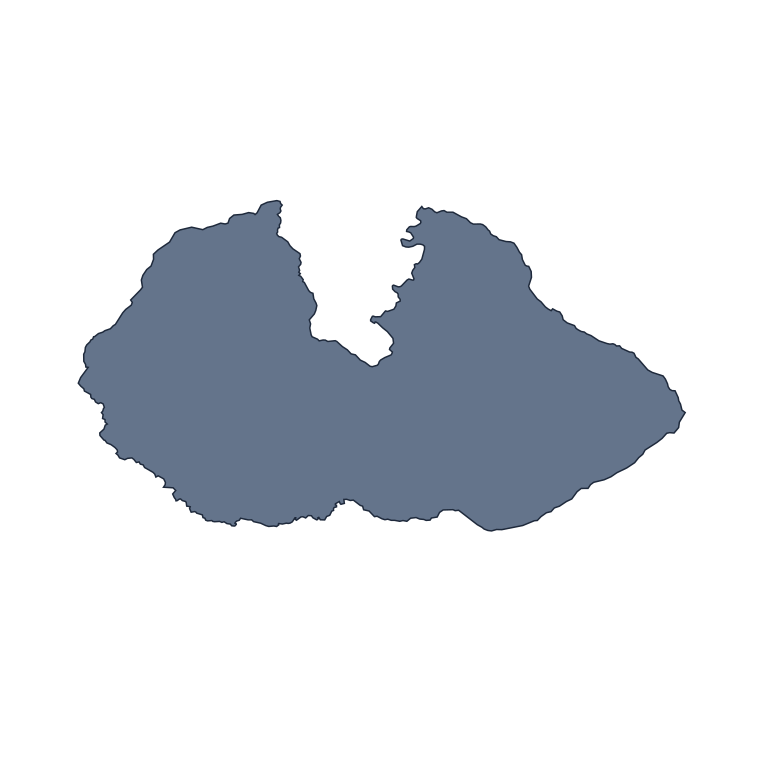 the district of Mapoteng, Berea, Lesotho, rotated 288°
{"feature_id": "5366337B76101580531091", "entity_name": "Mapoteng", "entity_type": "district", "adm_level": 2, "iso_a3": "LSO", "parent_name": "Lesotho", "parent_adm1": "Berea", "projection": "robinson", "projection_center": [27.99, -29.125], "detail": "fine", "context": "isolated", "style": "filled", "palette": "slate", "viewbox_px": 768, "rotation_deg": 288, "n_neighbors": 0, "source": "geoboundaries", "source_scale": "gbopen_adm2", "svg_char_len": 6154}
<svg xmlns="http://www.w3.org/2000/svg" viewBox="0 0 768 768"><g transform="rotate(288 384 384)"><path d="M449.9,679.3L451.3,675.4L456.5,672.2L459.1,669.5L462.0,668.0L467.5,662.9L466.7,660.0L467.2,657.5L469.2,655.1L471.9,653.5L475.6,650.1L477.9,646.9L477.9,635.5L478.9,630.5L486.5,617.9L487.2,615.4L490.5,612.3L490.9,610.1L490.3,607.8L491.3,599.0L493.1,596.3L492.0,593.3L492.9,591.4L493.0,589.3L491.7,586.5L491.4,583.6L491.5,575.0L494.0,566.0L494.3,561.2L495.3,558.5L494.9,555.3L495.5,552.0L496.2,549.6L498.4,547.1L498.7,539.4L500.5,534.5L503.9,532.4L506.8,528.9L506.7,525.9L507.6,521.2L505.4,520.3L506.0,517.1L507.2,513.6L510.7,507.9L512.2,503.5L519.2,493.4L521.8,491.3L531.0,491.3L536.5,489.2L540.6,485.3L540.3,483.3L540.6,481.6L545.1,477.2L549.5,474.9L551.2,472.1L555.0,468.2L558.1,464.1L558.3,460.4L557.2,456.0L556.8,448.8L558.8,445.3L558.8,442.0L559.7,439.1L562.0,437.2L562.7,435.4L564.9,432.2L566.1,428.6L565.9,426.0L563.7,419.7L564.1,416.4L566.7,411.3L566.9,406.1L568.7,396.5L566.8,390.7L567.5,387.5L566.3,385.1L563.2,381.4L563.4,379.0L565.0,375.7L565.4,372.0L563.3,369.2L562.9,367.3L564.5,365.1L558.2,362.4L553.5,363.0L552.3,363.3L551.6,364.5L550.6,368.4L549.1,369.1L547.8,368.9L544.1,365.7L543.1,364.2L542.0,360.5L541.2,359.5L537.7,358.0L536.1,358.3L536.0,358.8L536.3,359.9L536.1,362.6L532.8,366.7L531.4,366.9L527.9,364.3L527.8,357.1L527.1,355.8L526.1,355.6L521.3,358.9L521.1,362.5L521.8,365.3L523.9,368.9L527.2,372.1L528.2,375.2L528.4,377.8L527.5,380.0L524.5,380.9L514.4,381.4L510.4,380.1L508.5,378.8L508.3,377.4L506.9,376.0L504.3,377.3L501.0,376.2L498.0,376.1L493.3,380.0L492.1,380.0L491.7,379.4L491.5,375.2L490.0,373.8L482.5,370.2L481.4,369.0L480.8,367.5L481.0,362.6L480.5,362.0L479.7,361.7L476.9,362.9L475.2,366.0L474.8,368.4L473.9,369.6L471.2,370.6L469.5,373.2L467.9,373.8L464.9,370.7L461.9,371.2L458.2,370.3L454.2,365.1L453.9,362.8L447.0,360.0L445.2,355.0L445.2,352.6L444.7,352.0L441.0,351.4L439.9,351.8L438.9,355.0L438.9,356.3L440.2,356.4L440.4,357.1L440.0,359.2L437.0,365.4L434.9,371.0L430.2,378.4L425.7,380.5L420.0,378.4L418.5,378.6L417.0,382.1L415.2,382.1L413.8,381.7L409.4,376.6L405.8,373.4L404.0,372.6L401.2,372.5L399.8,371.9L396.8,367.4L396.6,365.2L398.7,359.4L399.4,354.1L402.9,347.8L402.5,343.4L405.2,338.5L406.7,332.9L409.9,325.9L410.1,324.2L407.1,317.4L407.6,314.6L407.0,312.4L405.0,309.0L406.1,306.9L406.7,301.0L408.3,299.5L414.3,296.1L418.5,295.6L421.9,293.1L429.1,296.1L432.8,296.4L437.8,295.9L439.9,294.4L443.3,290.9L448.3,288.4L448.4,285.8L449.6,283.5L456.0,276.8L456.3,275.0L458.3,274.9L460.7,271.5L461.0,269.4L463.1,270.3L464.0,268.4L465.9,268.7L469.0,266.5L472.1,267.8L474.1,267.5L476.9,264.7L479.9,265.0L482.0,263.8L484.4,255.6L486.5,251.8L489.5,248.5L491.9,241.3L491.7,238.4L492.8,236.4L494.1,235.4L495.6,235.9L497.6,235.1L499.5,235.1L500.5,236.3L503.0,235.3L505.2,235.9L507.7,235.4L510.1,234.0L511.0,231.9L512.4,230.2L514.8,232.1L516.7,232.5L518.4,231.2L520.1,231.0L522.7,231.9L523.7,229.9L525.5,228.7L525.3,225.4L520.8,216.9L516.2,211.9L507.6,210.4L505.3,209.0L506.0,207.4L505.2,202.3L501.5,196.7L498.3,189.0L493.7,186.0L488.8,185.9L487.1,183.5L486.5,179.0L481.3,172.5L478.3,167.5L474.8,164.0L473.7,152.6L467.5,142.4L463.3,138.5L452.7,136.2L441.6,127.6L436.1,124.6L431.4,126.3L424.2,126.0L419.6,123.0L412.9,121.1L407.9,121.1L401.4,124.4L398.2,123.3L385.6,117.1L383.8,119.4L380.9,119.3L375.1,115.3L370.9,113.5L357.6,110.1L355.8,108.5L352.0,106.7L348.5,102.1L346.3,100.4L343.7,96.8L339.7,94.2L339.2,93.2L336.7,93.1L335.2,91.6L333.2,91.3L329.3,89.2L326.5,88.7L322.2,89.6L319.5,89.2L312.8,91.5L310.4,94.1L308.0,95.2L308.4,97.5L296.4,93.5L290.3,93.0L288.3,96.2L286.7,100.0L284.7,101.3L283.4,108.2L280.9,109.3L279.9,110.7L279.9,113.3L277.8,115.2L277.0,118.3L278.7,120.4L278.3,123.0L275.3,125.3L274.1,124.8L271.3,124.9L269.5,124.1L268.1,126.3L264.2,127.0L264.0,129.6L261.6,130.5L260.4,133.2L258.7,131.6L254.6,131.6L249.6,128.8L247.2,129.8L244.1,135.0L244.2,136.1L242.3,138.7L242.0,143.1L240.5,147.7L238.9,150.6L237.0,151.6L235.1,150.6L234.2,152.8L232.0,155.3L231.9,160.9L234.0,163.0L235.8,167.0L235.0,169.4L232.8,172.7L234.2,175.2L232.5,177.0L232.7,179.9L230.6,182.1L228.6,191.7L227.5,193.8L225.0,195.8L226.9,197.6L225.7,203.8L222.9,206.5L220.7,207.0L217.7,206.2L220.1,215.5L218.4,218.8L214.1,217.0L211.2,219.6L209.9,221.5L208.6,222.3L209.2,223.4L211.3,224.9L211.8,226.1L210.8,228.2L210.9,231.4L210.4,232.4L206.9,234.1L207.4,237.6L205.4,237.6L202.5,240.2L204.2,243.5L204.0,244.8L203.3,245.7L203.4,251.7L201.0,253.1L201.0,255.1L199.4,256.5L199.3,258.5L200.9,262.4L200.4,263.7L200.7,265.5L202.5,270.1L202.3,272.6L203.6,274.5L202.7,277.7L203.3,281.2L202.1,282.9L202.6,285.4L203.0,286.1L204.8,286.9L205.3,286.7L205.5,285.3L206.3,285.3L208.1,286.2L209.6,288.4L212.0,289.1L212.8,296.8L213.9,300.1L212.8,302.5L213.5,309.7L212.8,315.3L212.9,318.4L214.9,323.1L215.3,325.9L217.5,327.4L218.1,326.8L218.8,327.0L219.4,330.6L221.5,334.2L221.8,336.0L222.7,337.7L224.6,339.4L229.3,340.7L229.5,341.4L227.7,341.7L227.4,342.9L231.9,346.1L232.7,347.9L232.4,350.9L235.5,352.6L236.3,355.7L234.8,357.7L234.0,361.9L234.5,362.7L235.5,363.0L236.2,362.4L237.0,363.2L235.2,365.4L236.4,369.6L240.3,370.4L242.4,373.0L246.9,373.6L248.2,375.1L249.6,374.5L251.1,374.7L252.5,376.8L254.0,376.3L254.0,375.1L255.1,374.8L258.4,377.8L256.7,379.3L256.3,380.2L258.2,383.2L261.8,381.5L262.8,384.1L262.8,387.9L264.1,390.7L261.2,398.9L261.2,401.4L258.1,403.5L258.6,409.0L254.9,415.9L256.1,418.3L255.2,423.6L255.2,426.8L256.6,429.3L256.6,433.1L257.6,436.2L258.3,441.4L260.0,444.2L260.5,448.2L264.6,450.8L266.9,455.8L266.6,459.7L267.5,463.7L267.3,466.2L268.8,469.9L271.2,470.5L273.9,475.7L279.0,476.5L282.5,479.2L285.8,488.5L285.5,490.8L287.0,494.0L279.0,516.3L278.0,521.4L277.0,524.0L276.8,528.0L277.5,531.7L280.4,536.0L281.9,541.1L292.3,559.7L300.4,569.2L301.6,572.0L306.4,574.3L311.8,578.3L314.2,582.3L318.8,584.3L322.0,588.6L328.6,593.8L332.7,598.1L341.2,600.9L345.6,603.8L347.8,610.3L352.1,611.5L355.3,613.8L360.9,622.9L366.0,628.6L371.6,632.9L379.3,640.9L386.6,646.7L392.7,649.0L397.1,651.8L401.9,652.7L412.6,661.5L418.2,665.3L424.5,668.1L426.0,670.7L427.0,675.0L433.6,677.7L439.0,676.7L449.9,679.3Z" fill="#64748b" stroke="#1e293b" stroke-width="1.5"/></g></svg>